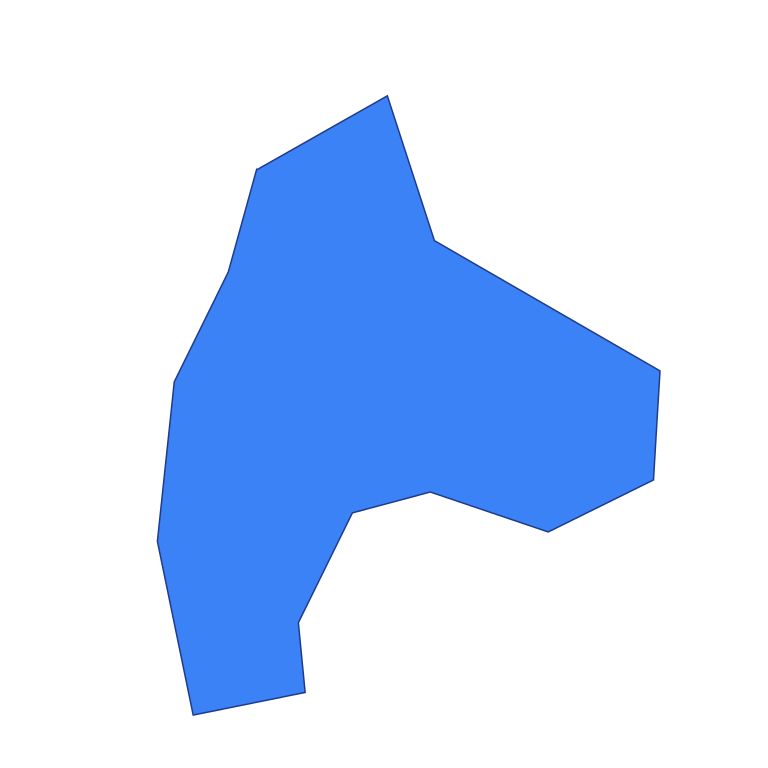 Burlöv, Skåne, Sweden, rotated 75°
{"feature_id": "70781695B8533917899851", "entity_name": "Burlöv", "entity_type": "district", "adm_level": 2, "iso_a3": "SWE", "parent_name": "Sweden", "parent_adm1": "Skåne", "projection": "mercator", "projection_center": [13.132, 55.659], "detail": "fine", "context": "isolated", "style": "filled", "palette": "blue", "viewbox_px": 768, "rotation_deg": 75, "n_neighbors": 0, "source": "geoboundaries", "source_scale": "gbopen_adm2", "svg_char_len": 386}
<svg xmlns="http://www.w3.org/2000/svg" viewBox="0 0 768 768"><g transform="rotate(75 384 384)"><path d="M654.4,654.0L661.5,540.0L592.4,528.5L500.3,447.9L500.3,367.3L569.4,263.7L546.4,148.5L491.6,130.3L442.8,114.0L362.2,194.6L258.6,298.2L106.5,306.2L144.1,451.3L143.8,451.5L235.5,505.4L327.6,586.0L477.3,643.6L654.4,654.0Z" fill="#3b82f6" stroke="#1e3a8a" stroke-width="1.5"/></g></svg>